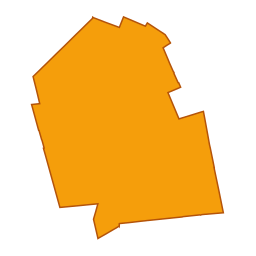 Movila Miresii, Braila, Romania (Mercator projection), rotated 91°
{"feature_id": "2599482B19893524753905", "entity_name": "Movila Miresii", "entity_type": "district", "adm_level": 2, "iso_a3": "ROU", "parent_name": "Romania", "parent_adm1": "Braila", "projection": "mercator", "projection_center": [27.616, 45.211], "detail": "fine", "context": "isolated", "style": "filled", "palette": "amber", "viewbox_px": 256, "rotation_deg": 91, "n_neighbors": 0, "source": "geoboundaries", "source_scale": "gbopen_adm2", "svg_char_len": 1416}
<svg xmlns="http://www.w3.org/2000/svg" viewBox="0 0 256 256"><g transform="rotate(91 128 128)"><path d="M212.9,49.2L212.9,48.8L211.1,31.2L190.2,35.8L180.5,38.0L170.9,40.2L166.0,41.3L166.0,41.1L160.5,42.3L146.1,45.5L144.2,46.0L142.9,46.3L131.7,48.5L116.8,51.5L110.1,52.9L110.8,55.3L113.1,62.2L118.0,77.2L96.2,86.8L91.9,88.7L86.9,77.4L86.3,76.1L81.9,78.1L81.8,78.7L72.7,83.0L72.2,82.9L71.7,83.0L71.2,83.3L71.0,83.6L62.0,87.8L60.3,88.5L47.2,94.3L44.7,90.7L42.3,87.0L42.2,87.0L37.5,90.1L34.0,92.5L29.7,99.3L22.6,110.5L25.9,112.4L17.0,134.4L27.6,138.4L22.4,153.3L18.9,162.8L18.4,164.3L17.8,165.2L18.4,165.3L19.0,165.4L25.9,172.2L29.9,176.1L35.0,181.2L47.5,193.4L51.0,196.9L51.9,197.8L54.7,200.6L60.3,206.1L64.1,209.8L68.5,214.2L72.4,218.0L78.2,223.8L80.5,223.2L89.7,220.7L95.8,219.1L105.2,216.7L106.2,224.8L131.9,217.3L131.9,217.2L132.0,216.9L133.1,216.6L141.3,214.1L141.7,213.8L149.5,211.5L149.7,212.2L156.6,210.1L208.6,194.7L206.7,177.4L204.3,156.8L212.1,158.8L219.8,160.9L239.0,156.1L238.7,155.7L237.4,153.5L233.6,147.1L230.6,142.2L229.1,139.7L228.3,138.3L226.3,135.3L226.6,135.1L226.1,135.0L224.6,135.1L223.9,135.1L223.7,134.9L222.6,125.5L220.9,112.8L220.5,109.5L220.1,106.7L220.1,106.4L217.0,80.8L216.0,72.3L215.7,71.6L214.7,63.5L213.9,56.9L213.7,55.4L213.6,55.0L213.7,54.5L213.8,54.0L213.7,53.7L213.6,53.4L213.4,53.0L213.3,52.7L213.1,50.9L212.9,49.2Z" fill="#f59e0b" stroke="#b45309" stroke-width="1.5"/></g></svg>